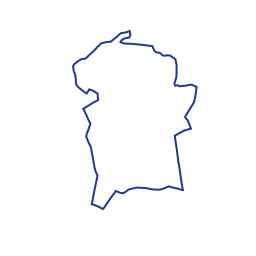 the district of Al-Hashimiya, Babil, Iraq, rotated 121°
{"feature_id": "34846034B94541768038664", "entity_name": "Al-Hashimiya", "entity_type": "district", "adm_level": 2, "iso_a3": "IRQ", "parent_name": "Iraq", "parent_adm1": "Babil", "projection": "albers", "projection_center": [44.815, 32.38], "detail": "fine", "context": "isolated", "style": "outline", "palette": "blue", "viewbox_px": 256, "rotation_deg": 121, "n_neighbors": 0, "source": "geoboundaries", "source_scale": "gbopen_adm2", "svg_char_len": 2421}
<svg xmlns="http://www.w3.org/2000/svg" viewBox="0 0 256 256"><g transform="rotate(121 128 128)"><path d="M212.0,119.7L211.5,118.1L211.1,116.0L210.5,111.5L210.5,109.1L210.2,107.6L203.1,107.1L196.9,106.8L192.5,106.3L191.1,106.1L188.4,106.1L188.0,104.2L187.8,102.5L187.4,100.7L186.2,98.4L183.8,97.1L181.2,96.2L179.1,94.7L177.3,92.6L174.5,89.8L173.4,87.5L172.2,85.3L170.5,82.4L169.2,78.5L167.9,75.1L166.1,71.8L164.7,69.4L163.5,67.9L161.4,66.2L159.1,64.5L158.2,63.8L157.0,63.0L156.2,59.5L154.6,54.9L153.4,50.3L152.9,49.0L152.3,49.6L142.9,57.6L136.4,62.7L130.1,68.2L122.0,74.5L113.7,81.4L110.4,83.9L101.3,78.6L96.1,73.7L90.5,81.0L90.3,82.4L89.2,84.8L72.1,84.7L66.3,86.5L59.5,89.5L57.5,90.3L58.1,95.9L62.9,101.5L64.6,103.8L65.6,105.1L65.7,107.5L66.0,107.7L67.4,109.2L66.2,111.1L59.8,112.6L56.0,114.6L51.5,117.3L49.5,118.4L45.8,121.7L44.7,122.8L44.5,124.5L44.4,126.3L44.2,128.8L44.9,130.9L47.6,134.5L47.9,136.1L47.3,138.2L47.3,139.6L48.6,142.8L48.3,145.0L47.2,146.7L45.3,149.2L47.7,154.9L50.8,161.7L54.2,168.6L57.0,173.8L57.7,175.3L58.2,178.7L56.1,178.7L53.2,177.2L51.7,175.9L50.1,173.7L48.3,173.6L46.5,174.2L44.0,176.6L46.3,178.3L48.4,180.4L49.9,182.5L51.0,183.0L52.0,183.6L54.0,184.2L55.3,184.4L57.0,185.1L58.5,185.8L60.1,186.2L61.5,186.8L62.6,186.9L63.8,188.6L65.6,190.9L67.9,193.2L68.7,194.0L69.3,194.6L71.6,195.1L73.3,195.7L74.9,196.1L76.2,196.3L77.3,196.5L79.8,197.1L82.2,197.8L84.6,198.6L86.3,199.0L88.9,199.7L90.0,200.1L90.7,200.5L92.4,202.6L93.5,203.7L94.6,204.3L96.6,205.3L98.8,206.1L99.6,206.4L100.0,206.5L100.7,206.9L101.9,207.0L103.2,206.9L104.0,206.5L104.6,205.9L106.1,204.7L107.6,203.3L108.7,201.9L109.3,200.9L111.2,199.4L112.2,198.4L115.1,196.6L117.4,194.7L117.9,193.4L118.5,192.1L118.9,189.9L119.2,187.4L119.6,184.1L119.7,182.6L119.7,181.1L118.3,181.1L117.2,181.1L115.7,181.1L114.8,181.1L114.3,178.4L114.1,176.1L114.1,174.3L114.1,173.1L114.2,171.7L114.8,171.3L115.7,170.7L117.6,169.4L119.4,168.0L121.5,169.2L124.5,171.1L129.7,173.7L133.0,175.5L134.5,176.3L136.8,172.7L140.2,167.8L142.1,165.1L143.4,162.7L144.4,162.2L146.8,161.7L149.7,161.1L154.3,160.3L155.9,159.8L156.8,159.5L158.6,157.1L161.3,153.6L162.5,151.2L164.2,149.4L166.1,147.7L168.6,145.5L171.4,143.0L173.8,140.9L175.9,139.3L177.5,137.6L179.3,136.2L180.1,135.3L181.9,133.4L183.3,131.3L184.5,129.6L187.3,128.6L195.5,125.8L200.4,124.0L203.3,123.0L204.3,122.6L209.2,120.8L210.8,120.3L212.0,119.7Z" fill="none" stroke="#1e3a8a" stroke-width="2"/></g></svg>